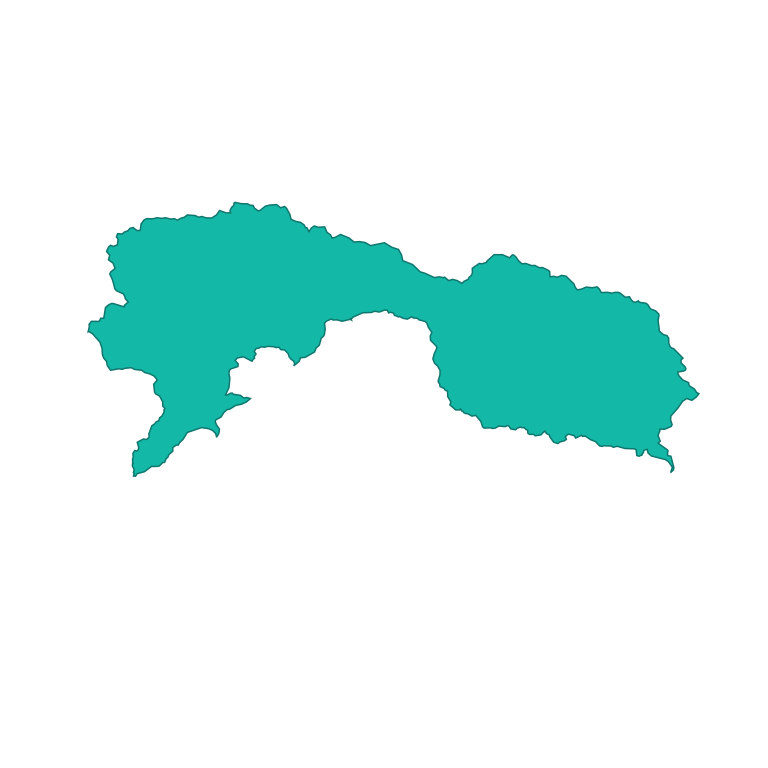 the district of Loja, Loja, Ecuador, rotated 287°
{"feature_id": "8360857B45302823884127", "entity_name": "Loja", "entity_type": "district", "adm_level": 2, "iso_a3": "ECU", "parent_name": "Ecuador", "parent_adm1": "Loja", "projection": "orthographic", "projection_center": [-79.286, -4.091], "detail": "fine", "context": "isolated", "style": "filled", "palette": "teal", "viewbox_px": 768, "rotation_deg": 287, "n_neighbors": 0, "source": "geoboundaries", "source_scale": "gbopen_adm2", "svg_char_len": 6124}
<svg xmlns="http://www.w3.org/2000/svg" viewBox="0 0 768 768"><g transform="rotate(287 384 384)"><path d="M383.3,453.1L380.2,460.2L381.2,463.6L382.5,464.6L380.9,466.0L381.0,467.4L380.0,468.4L379.6,470.7L380.0,472.8L379.0,477.5L380.8,480.9L376.6,487.5L372.0,490.7L371.1,492.5L373.3,498.9L373.2,501.0L374.5,503.5L377.3,506.0L378.7,512.4L380.4,514.3L380.2,516.0L378.1,518.3L378.7,523.2L380.7,524.3L382.8,527.1L382.5,528.5L383.3,530.9L382.0,533.0L382.0,534.8L379.0,536.0L378.3,537.8L379.6,541.7L378.7,543.7L381.1,548.8L386.0,551.5L384.1,553.9L383.6,557.0L381.8,558.2L377.9,563.3L377.9,567.7L379.9,569.1L382.6,573.3L384.5,574.6L386.5,572.8L389.4,574.4L390.1,575.7L390.1,581.2L388.3,583.1L392.8,588.0L392.0,589.1L393.0,591.7L391.1,598.1L390.8,603.0L387.8,608.3L388.1,610.9L389.2,612.3L391.1,619.5L390.5,621.7L392.6,625.2L392.8,633.4L395.3,642.9L394.6,644.5L389.5,646.6L389.5,649.0L391.7,651.6L392.8,651.3L394.1,652.2L395.8,651.8L397.0,652.4L398.4,654.9L395.2,656.7L393.3,660.7L394.0,675.1L393.0,678.6L388.7,684.1L383.1,684.0L386.5,685.9L388.7,685.7L398.8,679.5L398.5,676.3L399.9,675.5L403.0,675.2L403.9,674.2L407.6,663.3L410.0,664.9L415.0,661.1L419.7,661.5L421.5,661.0L422.8,665.6L427.4,671.1L429.4,671.4L433.3,668.6L437.3,667.7L446.7,672.0L454.9,674.7L458.6,677.7L458.4,683.2L462.9,686.5L466.8,688.0L467.3,685.4L470.0,682.3L471.6,676.4L474.4,674.8L475.2,668.5L478.1,663.6L480.3,661.7L481.5,661.7L484.0,666.8L485.5,668.2L486.7,668.3L488.6,666.8L491.1,661.8L494.1,661.1L496.1,662.4L502.5,650.6L502.5,648.5L503.4,646.6L506.3,644.4L510.9,642.9L513.0,640.5L512.9,636.8L515.0,632.0L524.7,627.6L530.2,626.9L531.3,626.2L533.4,622.3L533.7,617.0L537.2,612.8L537.8,610.4L536.8,604.5L537.9,602.9L535.9,600.9L535.3,598.7L536.8,595.8L539.2,593.2L537.5,589.4L540.1,582.8L540.1,581.1L538.9,577.5L537.5,575.5L537.0,570.9L535.0,565.1L538.0,561.9L539.2,559.4L537.0,555.1L535.8,549.0L532.6,545.3L530.5,541.4L532.4,538.6L535.3,536.3L540.3,526.6L539.8,522.1L536.8,518.5L536.6,514.8L535.1,511.4L539.9,509.6L540.8,507.7L541.7,501.6L540.6,498.2L541.5,493.6L540.4,490.6L540.7,484.3L539.3,480.8L541.3,476.5L544.4,472.5L545.3,469.7L544.7,468.7L541.4,467.3L542.3,459.5L539.9,451.5L531.7,446.6L530.2,446.4L527.7,442.7L527.1,439.8L520.5,434.6L515.9,436.1L513.0,435.6L510.7,434.1L508.7,433.9L505.6,430.5L503.1,429.3L504.3,423.6L504.1,419.0L501.8,415.6L503.9,410.8L503.0,409.4L502.7,405.8L500.5,401.0L501.9,390.5L501.8,385.9L506.6,376.4L507.4,365.9L512.6,363.0L516.9,358.6L517.0,351.7L519.2,343.1L512.4,330.7L513.8,324.7L513.0,318.9L511.0,313.9L513.4,308.0L514.3,298.7L510.0,294.5L508.5,291.7L511.0,289.3L512.3,285.2L516.9,281.3L514.6,275.1L514.8,271.2L512.2,269.1L507.8,267.6L510.9,264.6L510.7,263.1L512.8,261.0L514.2,256.8L513.7,252.6L514.2,247.1L518.8,244.3L523.5,239.5L524.7,237.0L522.3,233.6L524.2,228.9L521.7,222.4L519.3,218.5L513.9,214.8L512.7,213.1L514.3,208.6L516.5,206.7L515.8,203.8L516.4,201.1L514.6,194.2L514.2,188.6L513.0,187.6L512.3,188.2L510.3,187.9L508.6,186.7L504.8,186.0L502.8,187.3L501.5,183.0L501.8,176.0L496.7,174.4L492.3,170.6L490.9,165.3L490.9,160.7L489.3,157.9L489.9,154.3L488.2,146.5L485.1,144.3L483.1,141.2L480.3,138.7L480.8,135.0L479.3,131.7L479.1,126.5L477.4,123.0L476.6,118.2L474.3,114.5L472.8,108.8L470.6,106.5L465.9,104.9L460.5,105.9L459.4,105.5L458.5,102.9L460.3,98.3L458.5,95.5L455.8,94.4L453.4,91.3L450.9,89.8L449.9,85.3L446.5,85.1L444.7,87.4L439.2,88.4L436.4,84.9L436.7,82.1L434.9,80.8L431.8,80.1L429.5,80.0L427.0,84.0L422.2,84.2L420.3,89.6L415.9,93.0L411.2,89.9L409.0,89.6L404.1,94.0L396.2,98.9L395.0,100.8L394.0,108.2L392.4,110.2L389.7,111.9L387.6,115.5L383.5,112.8L381.8,113.0L381.8,101.6L381.3,99.8L379.2,97.5L375.7,95.3L364.9,96.8L364.0,93.8L361.3,93.6L360.4,92.7L358.4,85.9L354.8,84.5L352.8,85.4L347.4,85.8L347.9,86.5L346.9,90.5L340.9,100.2L335.7,103.9L329.9,106.1L326.9,108.3L324.4,112.1L320.7,114.0L317.2,118.5L321.0,125.9L321.5,129.3L323.4,131.9L325.7,137.6L325.0,141.2L326.3,148.2L325.0,152.0L325.2,157.0L324.4,161.9L321.5,166.0L316.5,163.8L309.3,166.9L307.8,168.6L306.9,172.8L302.2,177.6L298.1,178.9L296.6,181.7L294.8,181.1L293.1,181.9L288.6,181.1L286.1,179.3L283.3,179.4L280.7,176.9L279.0,176.5L276.2,174.2L267.5,173.7L264.4,175.0L261.6,173.3L261.0,169.9L256.1,165.1L251.5,168.0L249.4,168.3L247.6,167.1L247.4,165.0L244.0,164.2L240.7,165.6L238.6,165.5L235.6,166.5L235.0,167.3L234.1,166.8L232.0,167.4L229.0,170.2L226.2,170.2L224.9,171.3L222.7,171.4L223.2,173.3L226.1,174.2L230.2,180.7L237.2,185.8L239.1,191.9L240.0,193.1L244.2,195.4L244.9,197.1L249.2,197.5L250.3,198.6L253.7,199.0L258.0,201.7L261.5,200.6L264.6,203.0L265.6,205.2L267.9,205.5L272.2,208.0L280.2,210.1L288.9,222.2L290.0,229.1L289.5,233.6L287.5,237.4L284.6,239.3L285.0,239.8L288.5,240.5L292.8,239.8L295.7,236.0L298.6,233.6L300.5,233.6L304.7,237.8L309.9,239.2L313.5,241.3L314.8,243.8L320.1,248.4L323.1,253.8L326.5,257.6L331.0,260.5L331.0,256.8L329.6,254.0L331.2,250.0L330.1,243.1L330.9,241.7L330.3,239.8L327.4,237.1L327.3,235.6L335.3,236.8L344.8,234.8L348.7,232.6L351.7,232.2L353.5,232.9L358.0,239.2L360.6,238.7L363.0,234.7L366.0,236.2L368.9,241.6L367.2,251.2L369.4,251.6L370.7,252.7L372.5,251.8L374.5,252.8L375.7,252.6L376.9,250.4L380.5,251.3L381.9,254.1L383.6,255.5L384.3,259.3L385.9,261.4L387.4,267.6L387.3,270.2L388.4,272.5L386.7,275.4L387.5,278.9L385.1,283.4L382.2,285.4L380.4,288.1L379.4,291.1L376.9,292.7L375.0,292.4L380.7,296.2L384.7,296.5L386.4,300.8L394.3,308.2L398.6,308.6L402.2,310.8L409.5,310.6L412.0,312.2L414.4,312.5L419.4,311.7L424.6,309.4L427.0,310.3L430.7,314.5L430.3,316.5L431.7,320.7L431.7,325.5L436.0,332.8L435.7,334.0L436.8,333.0L437.0,334.0L438.9,334.8L445.9,342.9L448.7,351.0L450.9,353.9L451.4,358.4L454.9,363.0L455.4,365.8L453.3,367.6L454.5,369.3L454.6,372.4L452.8,373.8L452.4,378.2L453.1,379.1L452.4,383.2L452.9,387.4L456.3,390.8L455.7,393.0L456.4,395.6L456.4,397.4L455.6,398.4L455.8,405.1L454.7,407.2L451.1,409.9L447.4,414.6L443.4,414.2L439.4,415.7L435.9,422.3L434.1,424.1L427.6,423.2L422.3,423.4L418.6,426.3L416.8,430.1L413.4,433.6L409.4,434.8L402.9,434.9L401.6,435.5L400.3,437.2L398.0,438.3L397.3,442.8L395.9,444.5L395.8,446.8L390.6,448.6L386.4,453.2L383.3,453.1Z" fill="#14b8a6" stroke="#0f766e" stroke-width="1.5"/></g></svg>